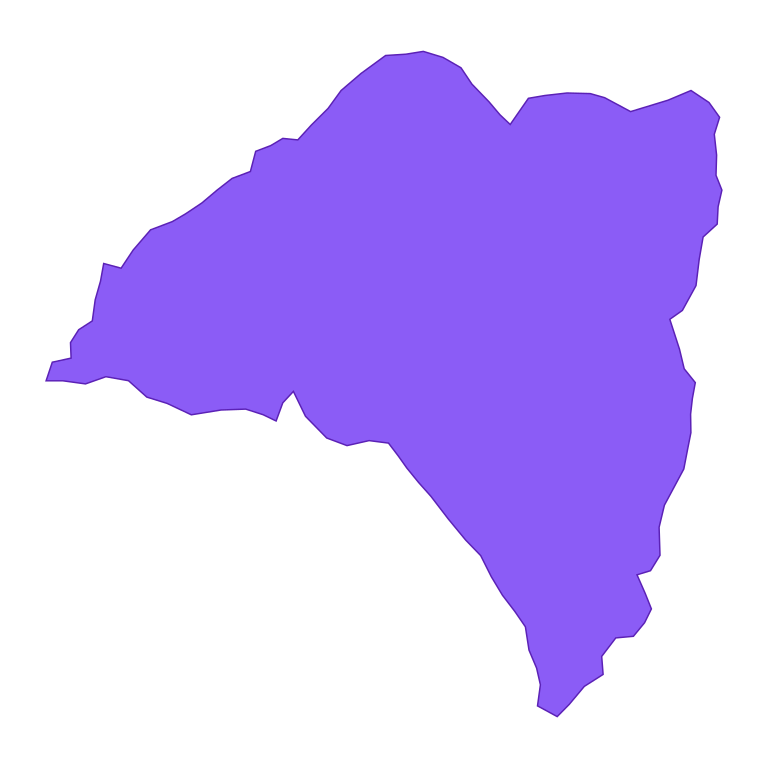 Monções, São Paulo, Brazil (Albers equal-area conic projection)
{"feature_id": "56859067B71559217874088", "entity_name": "Monções", "entity_type": "district", "adm_level": 2, "iso_a3": "BRA", "parent_name": "Brazil", "parent_adm1": "São Paulo", "projection": "albers", "projection_center": [-50.083, -20.875], "detail": "fine", "context": "isolated", "style": "filled", "palette": "violet", "viewbox_px": 768, "rotation_deg": 0, "n_neighbors": 0, "source": "geoboundaries", "source_scale": "gbopen_adm2", "svg_char_len": 1476}
<svg xmlns="http://www.w3.org/2000/svg" viewBox="0 0 768 768"><path d="M46.1,380.8L62.9,380.8L85.5,383.9L105.9,376.7L128.5,380.7L146.8,397.1L167.1,403.4L191.3,414.8L221.0,410.0L245.7,409.1L263.1,414.7L276.1,421.0L282.8,402.8L293.4,391.4L305.5,416.3L326.7,438.0L347.0,445.6L369.1,440.6L388.5,443.1L398.3,456.0L406.8,468.0L418.6,482.5L430.9,496.3L448.3,519.0L465.7,540.1L480.7,555.6L491.3,576.7L502.5,595.3L514.8,611.4L525.4,626.8L529.0,650.1L536.6,668.1L540.4,684.8L537.5,705.9L557.2,716.6L569.3,704.3L584.3,686.4L603.1,674.4L601.7,656.4L615.8,637.9L633.4,636.3L644.6,622.7L651.4,608.9L645.2,593.4L637.0,574.8L650.5,570.7L660.0,555.3L659.1,527.3L664.4,505.2L674.7,486.0L683.8,469.0L687.7,448.8L690.9,432.7L690.6,414.1L692.4,398.4L695.3,382.6L684.2,368.8L679.5,349.2L669.8,319.3L682.4,310.4L696.0,285.6L699.2,259.4L703.1,237.0L717.2,224.1L718.1,206.8L721.9,190.1L716.0,175.3L716.6,155.1L714.3,134.3L719.6,117.3L709.0,102.5L691.0,90.5L668.0,100.2L630.6,111.6L604.7,97.7L590.3,93.6L567.0,93.0L544.9,95.5L528.4,98.3L510.2,124.5L499.9,114.7L489.0,101.8L471.9,84.1L461.0,67.8L443.0,57.4L423.3,51.4L405.9,54.2L385.6,55.5L361.1,73.4L341.1,90.5L328.1,108.4L311.3,125.1L297.8,139.9L282.8,138.4L270.7,145.6L255.7,151.3L250.4,171.5L232.1,178.4L217.1,190.1L201.8,203.0L185.3,214.0L172.3,221.6L150.6,229.8L133.2,250.0L121.1,268.2L103.7,263.5L100.5,281.2L95.2,299.8L92.3,320.9L78.7,329.7L70.5,342.6L71.1,358.1L52.3,362.2L46.1,380.8Z" fill="#8b5cf6" stroke="#5b21b6" stroke-width="1.5"/></svg>